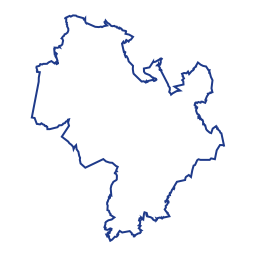 the district of Tepeji del Río de Ocampo, Hidalgo, Mexico
{"feature_id": "50627088B70341561261436", "entity_name": "Tepeji del Río de Ocampo", "entity_type": "district", "adm_level": 2, "iso_a3": "MEX", "parent_name": "Mexico", "parent_adm1": "Hidalgo", "projection": "natural_earth1", "projection_center": [-99.356, 19.894], "detail": "fine", "context": "isolated", "style": "outline", "palette": "blue", "viewbox_px": 256, "rotation_deg": 0, "n_neighbors": 0, "source": "geoboundaries", "source_scale": "gbopen_adm2", "svg_char_len": 5784}
<svg xmlns="http://www.w3.org/2000/svg" viewBox="0 0 256 256"><path d="M73.6,149.1L74.7,146.7L76.1,145.2L76.6,149.2L78.4,151.8L79.2,155.8L80.1,157.9L79.8,159.7L80.6,163.5L85.3,167.7L103.3,159.1L106.0,161.4L109.7,162.6L112.3,162.8L116.0,166.0L117.7,166.8L116.2,170.4L116.8,171.3L116.1,171.4L114.8,172.9L114.8,173.3L115.8,173.6L116.4,174.5L116.9,175.6L116.8,179.3L116.4,180.0L113.4,181.8L111.4,185.3L110.7,188.5L111.3,195.5L110.1,195.0L109.6,196.1L110.0,196.4L110.0,197.0L109.4,196.5L108.8,197.1L109.0,198.6L108.0,200.4L107.8,201.7L107.2,202.2L107.1,204.2L107.7,205.5L107.4,210.1L108.7,210.6L109.2,211.2L109.3,212.4L110.6,214.1L110.3,214.9L114.4,217.4L111.7,219.5L108.4,220.3L106.1,221.8L105.4,222.7L105.5,224.1L104.4,227.3L104.7,227.7L105.2,227.1L105.6,227.6L105.2,228.2L105.4,228.4L105.0,229.1L105.2,229.4L106.9,229.8L107.9,229.8L110.2,228.4L111.5,228.8L111.3,230.1L110.2,230.7L110.1,231.8L108.3,232.3L107.9,232.8L109.0,233.4L107.4,234.4L106.3,234.5L107.2,236.3L108.0,235.2L109.1,236.3L108.8,237.1L110.1,240.4L110.4,240.2L110.5,240.6L112.2,239.6L114.9,236.7L116.1,236.9L117.2,236.3L118.1,234.9L117.2,234.6L117.3,234.3L118.1,233.7L118.3,232.8L119.7,230.9L122.2,232.5L129.7,231.1L131.8,233.2L131.9,234.4L133.6,234.8L133.8,236.4L134.5,236.4L135.5,235.0L138.1,233.5L140.0,233.1L140.8,232.1L140.4,230.7L141.4,230.4L138.8,228.3L140.5,226.0L138.8,225.5L139.9,224.4L140.2,222.0L139.9,220.9L139.0,220.5L139.6,218.3L141.3,217.7L141.5,219.6L142.1,219.4L141.6,217.9L143.3,219.4L144.0,213.8L144.5,212.3L146.7,213.0L146.9,213.7L146.5,213.9L146.4,214.3L147.1,214.5L147.3,215.2L146.7,215.6L147.0,216.3L150.6,217.2L152.5,218.3L152.5,218.8L153.4,219.8L154.7,220.5L155.8,220.1L156.0,220.7L157.0,219.5L156.6,218.5L157.2,218.8L157.7,218.1L160.0,217.5L161.4,218.2L161.8,217.5L162.4,218.3L163.6,217.2L163.8,217.5L169.4,216.3L168.3,214.2L167.4,213.6L167.7,212.9L166.2,211.6L164.7,209.4L165.9,207.6L165.7,205.9L167.1,204.6L167.8,203.0L169.2,202.2L168.5,202.4L168.5,200.8L168.2,202.5L167.9,200.9L166.7,201.3L166.6,201.0L165.5,201.9L165.3,201.2L166.4,200.7L166.9,199.4L167.9,198.2L167.7,197.4L168.3,197.2L167.9,196.4L169.1,195.3L170.0,195.2L169.7,193.3L170.0,192.8L170.8,192.8L172.1,189.7L173.0,188.6L173.9,189.1L174.3,188.0L173.6,187.4L176.9,181.8L185.1,180.0L185.5,177.8L186.1,176.8L188.8,175.0L191.0,177.0L192.3,170.2L193.6,165.6L195.1,164.9L197.1,160.4L197.7,159.8L198.6,159.3L200.5,159.9L209.7,159.9L211.1,158.4L214.9,159.2L216.7,150.3L220.0,145.0L223.9,145.2L224.2,146.6L221.4,133.3L220.4,132.7L219.7,131.0L218.1,129.6L217.8,128.5L217.1,128.7L216.7,126.8L216.0,126.9L215.9,126.3L212.7,128.6L211.2,133.1L209.7,132.6L207.1,130.4L206.2,129.2L205.2,125.3L204.6,125.3L204.0,124.0L203.1,124.2L203.1,121.4L202.4,119.8L201.5,119.8L201.0,118.8L200.1,119.0L200.1,117.6L198.4,118.0L198.3,116.5L199.5,116.3L199.6,115.9L198.7,114.6L197.2,113.8L196.1,110.8L196.3,108.7L197.0,108.3L197.2,107.3L196.6,107.0L195.6,107.3L195.6,105.6L194.6,105.0L195.3,102.8L196.1,102.4L197.1,103.1L198.3,102.0L200.6,102.7L201.2,101.7L202.2,101.7L205.2,102.8L206.3,100.3L205.4,99.9L207.0,96.2L208.2,94.5L207.9,93.7L210.6,93.0L210.5,92.5L212.4,92.2L211.5,88.3L212.5,80.2L210.9,76.9L209.7,72.4L209.2,72.5L209.5,70.2L208.6,70.4L206.1,66.5L203.1,65.9L200.7,64.7L197.9,62.5L195.8,66.2L196.0,66.6L194.2,67.8L194.0,68.9L193.4,68.9L193.3,70.1L191.6,71.2L189.1,74.1L188.0,71.6L186.5,73.3L184.1,73.0L182.0,73.8L183.0,76.1L182.7,76.3L184.0,78.4L182.2,80.1L183.3,81.3L183.5,84.5L174.5,86.6L180.2,90.6L176.6,91.1L172.7,93.3L171.1,94.6L170.8,93.7L169.2,91.9L169.8,90.0L169.8,87.7L168.3,85.7L168.1,84.5L161.1,71.0L161.5,70.4L161.2,69.8L159.7,69.9L159.5,69.3L160.0,68.0L158.4,65.5L157.1,65.4L157.6,64.8L158.8,65.0L158.9,63.8L159.5,64.8L160.1,64.7L160.8,62.3L160.6,60.4L161.8,58.8L161.4,58.5L160.4,58.6L159.4,59.5L155.5,61.7L153.1,62.2L153.1,61.8L149.5,67.4L143.9,68.5L144.0,71.7L145.2,73.3L149.6,75.1L152.9,77.9L153.4,77.7L154.0,78.3L154.9,78.3L156.1,78.9L156.4,79.7L155.6,80.4L154.0,81.0L153.5,80.6L153.3,79.8L152.6,79.9L147.3,81.2L147.5,81.9L146.1,82.4L146.0,81.4L145.3,82.2L143.8,81.3L141.6,81.5L133.7,73.8L133.3,72.7L132.8,69.0L133.0,65.8L128.7,61.4L128.0,58.8L126.7,56.3L126.4,56.1L125.6,56.8L124.7,54.3L125.3,52.2L124.6,51.7L123.9,52.0L122.0,43.6L123.4,41.7L124.2,43.1L125.8,42.3L125.7,41.0L126.3,40.0L128.6,41.6L129.4,40.2L130.9,39.6L133.0,36.8L129.1,34.6L125.5,33.8L126.1,31.4L125.9,31.0L122.4,30.3L121.6,28.9L120.8,28.3L120.3,28.5L119.8,27.9L119.4,28.6L118.5,28.3L117.7,27.4L117.0,27.5L116.7,26.7L115.3,26.6L114.4,25.9L112.3,26.2L111.1,25.8L109.4,24.0L107.3,22.7L105.6,20.6L105.4,21.4L104.5,22.1L105.1,23.5L107.1,25.5L103.8,26.2L102.0,27.1L101.0,26.6L98.9,27.1L95.2,26.8L87.2,23.3L86.6,23.6L85.7,22.6L85.2,21.1L85.2,18.4L84.4,19.5L83.9,19.6L83.2,18.1L77.0,16.4L76.0,15.6L73.0,15.4L70.8,16.6L69.7,15.9L65.4,17.9L65.3,18.2L65.9,18.2L66.3,18.8L66.1,21.9L66.9,22.7L66.6,24.2L67.2,24.9L67.1,26.3L68.3,28.7L68.3,30.7L67.5,32.6L65.7,34.0L64.6,34.3L64.0,35.8L63.0,36.4L61.6,38.4L62.4,38.8L63.1,40.6L62.3,44.4L61.3,45.5L59.6,45.9L59.4,46.6L59.7,47.2L59.1,46.9L59.1,47.2L57.6,47.8L54.6,47.6L54.7,48.9L54.2,49.0L54.6,53.3L55.4,52.6L56.8,53.8L56.3,54.9L55.5,55.2L55.7,55.7L55.3,56.0L56.0,57.4L56.4,57.3L57.5,60.8L56.9,61.3L58.0,62.7L58.0,63.2L57.4,63.2L57.2,63.8L56.6,64.1L55.3,62.6L54.5,63.4L51.4,61.1L48.6,62.4L47.0,63.8L43.2,63.9L42.1,64.5L40.3,64.1L39.5,65.8L36.6,66.6L36.4,67.7L37.3,70.3L37.3,71.1L36.9,71.2L37.0,71.9L39.8,72.2L38.8,77.6L38.7,81.7L31.8,117.5L34.6,118.0L36.8,123.9L40.1,124.4L41.4,123.3L41.9,123.6L42.5,124.2L44.3,124.9L44.7,125.8L46.2,126.0L46.3,126.5L47.2,126.8L47.4,129.1L49.9,129.1L57.5,127.2L59.1,125.3L61.6,125.2L62.8,124.4L63.1,123.7L65.0,123.0L65.8,121.7L67.7,120.7L67.9,119.7L69.0,119.4L68.1,122.6L69.0,125.8L61.8,136.7L68.2,141.6L69.3,143.2L71.5,144.9L73.2,146.9L73.6,149.1Z" fill="none" stroke="#1e3a8a" stroke-width="2"/></svg>